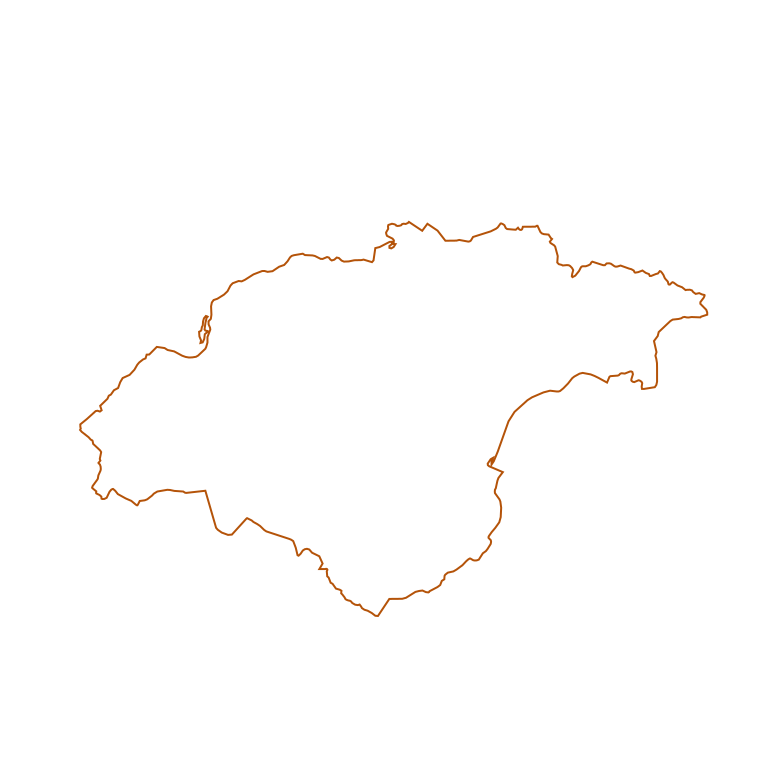 outline of Iran, rotated 124°
{"feature_id": "IRN", "entity_name": "Iran", "entity_type": "country or territory", "adm_level": 0, "iso_a3": "IRN", "parent_name": "Asia", "parent_adm1": "", "projection": "mercator", "projection_center": [53.162, 32.435], "detail": "fine", "context": "isolated", "style": "outline", "palette": "amber", "viewbox_px": 768, "rotation_deg": 124, "n_neighbors": 0, "source": "natural_earth", "source_scale": "50m", "svg_char_len": 6167}
<svg xmlns="http://www.w3.org/2000/svg" viewBox="0 0 768 768"><g transform="rotate(124 384 384)"><path d="M390.6,236.2L397.8,236.6L400.7,235.9L408.0,233.0L409.6,232.9L411.2,232.0L412.4,231.0L415.1,223.7L416.4,221.8L421.0,217.7L429.1,212.8L434.2,211.1L441.1,211.3L446.6,211.9L451.3,212.0L452.4,211.8L453.1,211.3L453.8,208.1L454.9,207.0L456.9,206.1L462.9,205.9L465.6,206.1L469.1,207.4L476.6,207.2L478.4,208.5L479.6,210.1L480.2,211.5L480.4,214.8L480.8,215.4L482.7,216.2L485.2,216.8L490.2,217.6L497.3,220.1L500.6,221.7L504.7,225.6L507.9,226.6L509.2,226.5L512.2,224.8L514.9,226.0L519.2,225.0L522.4,226.1L530.4,230.4L531.2,230.3L532.0,230.7L533.1,232.9L533.7,236.6L536.0,239.2L538.8,241.7L548.9,246.2L551.9,248.8L559.2,259.4L579.7,259.3L581.0,261.6L580.7,266.1L581.1,270.8L582.1,274.0L582.1,277.0L581.3,278.5L580.5,280.9L581.9,282.0L583.1,284.5L583.3,287.9L582.7,289.7L582.8,291.2L583.4,292.5L583.9,294.6L583.8,295.9L583.0,297.2L581.8,300.8L581.5,302.4L579.2,303.7L579.3,305.7L580.5,309.4L578.4,314.9L578.6,317.1L575.4,321.7L575.2,323.5L571.3,326.7L569.7,327.0L569.3,327.8L569.6,328.7L570.3,329.2L573.6,334.1L567.2,334.5L563.0,341.3L564.1,349.3L563.0,353.4L563.7,355.7L565.3,357.3L567.5,358.2L571.4,358.2L574.1,358.8L574.3,359.9L569.1,365.6L565.0,371.4L565.0,373.9L565.4,375.9L572.0,399.1L572.0,401.7L571.0,407.3L571.0,410.7L571.4,415.1L571.1,417.4L571.8,422.5L572.7,422.8L593.9,425.9L596.3,428.9L597.9,435.4L597.8,440.3L597.1,442.8L572.4,472.4L584.9,487.1L585.4,488.3L585.4,490.3L589.9,498.1L591.5,502.1L592.9,504.5L599.9,511.8L603.6,513.5L606.2,513.9L612.0,515.8L614.2,517.3L617.6,521.1L621.6,520.6L622.4,520.6L622.7,520.9L622.8,522.1L622.2,528.1L623.3,534.1L624.1,543.1L622.8,547.2L622.5,549.9L622.8,550.3L624.1,551.0L626.8,551.3L633.4,550.3L635.7,551.6L636.9,553.3L637.0,554.1L635.4,555.4L635.1,557.8L635.6,561.3L635.4,561.7L633.9,562.5L633.4,567.6L633.2,568.0L631.5,568.5L623.4,568.2L622.5,568.3L619.5,569.7L614.3,570.6L612.9,571.2L611.0,572.7L609.6,574.5L609.3,576.3L609.1,576.6L606.1,576.3L605.1,577.7L598.6,580.4L597.8,582.2L596.3,591.6L594.1,593.8L593.9,594.3L594.1,596.0L593.3,599.2L592.7,607.8L592.0,610.3L590.5,610.5L589.4,611.7L587.3,613.2L579.4,610.8L567.7,607.9L566.4,606.6L565.7,604.1L563.7,603.4L560.8,607.1L550.9,605.0L547.6,605.6L545.5,604.5L540.2,604.4L536.0,602.2L530.0,603.7L525.2,604.0L518.7,600.0L511.7,598.9L506.0,599.3L503.1,599.0L498.4,597.5L496.1,596.0L492.4,597.2L490.8,595.1L480.3,593.1L476.9,586.0L476.8,582.4L474.3,576.2L473.4,567.1L472.5,563.6L471.1,560.5L469.2,557.9L466.6,555.1L464.4,554.0L454.7,551.8L452.8,552.1L448.4,553.5L443.8,556.6L436.1,558.4L434.6,559.7L432.7,562.7L430.2,564.5L426.8,564.0L423.1,565.8L416.3,570.8L412.7,572.3L409.7,572.2L406.5,569.8L399.3,566.6L394.6,565.6L388.2,566.3L385.1,565.8L379.9,562.1L378.5,559.4L375.5,557.6L366.1,553.5L358.5,548.2L357.1,546.2L356.1,543.2L352.8,539.5L345.4,536.5L341.1,533.3L336.2,532.6L331.6,532.7L329.5,532.2L327.7,530.8L321.4,524.2L321.3,521.6L317.4,515.2L316.5,512.9L315.7,506.5L314.6,504.8L310.6,502.2L310.0,500.4L310.8,498.1L310.8,496.4L308.7,494.7L305.6,493.9L304.8,491.9L305.4,488.1L304.9,485.6L302.1,481.8L298.0,477.8L293.9,472.0L292.3,470.5L289.7,462.1L287.4,461.8L276.2,467.2L272.9,464.2L263.0,458.8L261.6,456.8L262.9,456.1L264.1,455.8L266.6,456.7L268.1,455.6L267.5,453.8L265.0,452.6L261.6,452.7L262.6,454.4L259.4,456.1L258.7,458.2L259.5,464.4L258.2,466.2L257.2,467.0L253.0,467.3L251.0,468.9L249.7,469.3L246.7,467.0L245.8,464.8L245.5,463.3L245.9,462.4L245.4,461.1L244.0,459.5L242.7,458.5L241.3,458.4L240.1,457.3L239.2,455.5L237.1,454.2L235.7,454.0L235.6,438.0L226.9,437.6L226.9,425.4L230.9,413.2L224.6,404.1L222.5,402.2L218.8,393.7L217.8,392.7L216.6,392.2L212.3,392.4L197.8,380.9L192.7,378.0L190.7,377.3L185.8,377.1L185.3,376.5L185.0,374.9L185.0,373.0L186.6,370.3L186.7,368.6L183.4,362.7L182.4,361.0L179.5,360.3L180.1,358.6L180.1,357.5L179.7,356.6L179.0,356.2L178.2,356.1L176.0,356.8L169.0,346.6L167.3,345.7L167.0,345.2L170.5,339.4L170.9,337.4L170.4,335.3L168.1,331.1L169.7,327.3L169.8,325.8L173.3,326.1L174.0,324.8L173.9,320.5L174.4,318.9L180.8,311.5L186.4,308.3L186.9,306.1L185.9,303.3L185.8,302.1L183.1,298.8L182.2,297.1L182.1,295.6L182.7,292.9L183.8,290.8L187.6,289.5L189.7,288.5L190.0,287.5L187.2,286.0L181.3,285.5L177.0,286.0L175.6,285.5L173.5,282.5L171.3,280.9L169.3,279.9L167.3,280.1L166.1,279.7L162.9,268.6L162.0,267.3L159.6,266.9L158.0,264.8L157.4,263.1L157.5,258.7L157.1,257.4L156.1,256.2L153.5,254.1L151.3,245.4L150.5,243.1L150.3,240.4L151.3,238.7L151.2,238.0L149.1,235.8L145.4,233.2L145.5,229.1L144.7,225.8L145.8,224.1L145.1,223.0L140.8,220.1L139.2,218.7L136.2,218.5L135.9,217.5L136.4,215.6L137.4,213.2L139.0,210.8L139.5,209.6L140.4,206.0L142.2,203.9L142.2,203.3L141.7,202.6L138.8,202.0L138.2,201.6L138.0,200.4L138.2,195.8L137.1,191.0L137.5,186.5L136.5,185.5L134.8,183.1L134.2,181.1L134.9,179.0L135.0,176.0L132.4,173.5L131.9,170.4L131.0,168.1L131.5,167.6L133.6,167.2L139.2,167.5L140.6,166.6L142.3,158.3L143.9,156.1L145.8,154.8L150.9,158.8L151.8,158.9L156.6,166.6L158.5,168.6L159.6,170.4L160.3,172.3L161.6,173.6L163.3,174.3L165.4,176.2L169.2,180.7L171.7,181.8L187.3,185.3L191.2,183.9L197.4,184.2L205.2,175.9L208.8,174.8L210.8,172.4L214.0,169.4L218.0,166.6L229.4,158.9L232.5,157.7L235.2,157.7L242.7,165.7L243.8,167.4L242.1,168.9L238.9,170.4L238.3,171.4L238.1,172.8L238.2,174.1L238.6,175.1L242.5,177.6L243.0,178.9L243.0,180.3L242.6,181.1L241.7,181.6L236.7,183.1L235.2,184.8L235.3,185.9L236.0,187.0L240.7,190.2L242.2,193.0L243.4,193.9L245.3,194.2L246.3,194.9L250.9,200.7L252.0,201.1L258.1,199.9L259.0,209.7L259.6,214.0L260.5,218.1L263.7,225.5L266.1,227.7L271.4,230.4L273.9,231.2L280.7,231.7L287.3,232.9L291.3,234.1L292.5,235.0L293.5,236.4L296.7,242.6L301.8,247.1L312.2,253.8L317.2,256.0L334.1,260.2L345.3,259.9L376.4,251.9L386.7,249.8L390.6,249.8L388.3,251.4L384.4,252.4L386.7,253.5L392.0,253.5L393.2,252.5L393.4,250.8L390.6,236.2ZM450.2,560.0L447.8,563.6L444.1,566.5L442.5,565.6L441.3,565.6L438.7,566.8L436.8,567.0L433.3,569.0L430.2,570.0L427.2,569.7L426.8,568.3L426.8,567.8L428.2,568.1L433.0,566.3L439.1,563.3L439.6,561.9L438.7,559.8L438.9,559.3L442.9,560.4L447.2,558.2L450.9,557.6L452.6,559.1L450.2,560.0Z" fill="none" stroke="#b45309" stroke-width="2"/></g></svg>